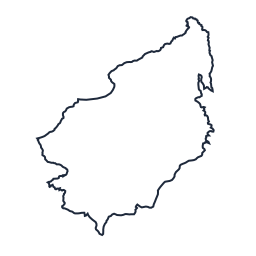 the district of Manonyane, Maseru, Lesotho, rotated 84°
{"feature_id": "5366337B83171462701560", "entity_name": "Manonyane", "entity_type": "district", "adm_level": 2, "iso_a3": "LSO", "parent_name": "Lesotho", "parent_adm1": "Maseru", "projection": "equal_earth", "projection_center": [27.717, -29.478], "detail": "fine", "context": "isolated", "style": "outline", "palette": "slate", "viewbox_px": 256, "rotation_deg": 84, "n_neighbors": 0, "source": "geoboundaries", "source_scale": "gbopen_adm2", "svg_char_len": 5704}
<svg xmlns="http://www.w3.org/2000/svg" viewBox="0 0 256 256"><g transform="rotate(84 128 128)"><path d="M128.9,219.3L130.0,218.5L130.5,219.0L131.6,218.5L133.2,218.1L134.4,217.6L135.3,216.9L136.9,216.5L138.4,216.5L139.6,215.7L141.3,215.0L142.6,215.3L143.5,215.7L144.3,215.6L145.3,215.9L146.1,215.9L147.2,214.3L148.3,213.6L150.5,213.6L151.6,212.6L153.3,211.4L153.9,209.4L154.4,208.3L154.7,207.2L154.7,206.0L155.3,205.1L155.4,204.1L156.7,202.7L156.9,200.5L157.6,199.0L158.4,198.0L159.7,197.0L160.2,196.3L161.4,194.2L162.2,193.8L162.9,192.8L164.6,192.6L165.5,193.1L167.5,194.0L168.2,194.8L168.5,195.9L169.0,196.9L168.2,196.6L168.2,198.0L168.8,198.6L168.8,199.5L168.6,200.6L169.0,201.6L170.5,202.1L170.9,203.3L170.7,207.5L171.8,208.3L172.3,209.5L173.0,210.1L173.3,211.0L173.3,212.4L173.7,213.5L174.7,212.4L177.1,212.2L177.9,212.4L178.4,212.1L178.0,211.0L177.1,210.9L177.0,209.8L176.6,208.9L178.7,208.3L179.5,207.1L180.7,207.0L181.3,206.5L181.4,205.6L180.8,204.8L181.1,203.7L180.9,202.4L181.7,202.9L182.5,202.8L181.9,201.8L183.3,200.1L182.9,199.4L182.9,198.4L183.4,197.7L184.1,197.0L185.2,197.2L186.1,197.7L186.8,198.6L187.5,198.6L188.6,199.4L189.7,199.6L190.5,199.4L193.7,200.0L194.8,199.4L195.7,198.8L196.7,198.9L197.5,199.8L198.4,200.5L198.9,201.7L200.1,201.7L201.1,200.8L201.3,199.4L202.9,196.4L204.5,194.5L205.4,192.1L206.9,190.6L207.4,189.6L207.7,186.7L207.7,185.3L207.5,182.8L207.7,180.3L209.3,180.1L210.9,180.1L210.7,179.0L209.0,177.1L210.4,176.7L212.7,175.4L215.3,173.1L218.2,170.0L220.0,169.4L221.7,169.5L224.1,170.6L225.5,170.4L227.3,168.7L228.7,167.9L230.2,167.4L231.0,166.1L231.7,164.9L230.8,163.8L227.5,163.3L226.7,163.3L225.0,162.9L223.5,162.5L220.9,161.0L219.4,159.4L218.1,159.1L216.8,157.8L214.2,156.4L213.7,154.2L212.9,153.4L212.3,152.6L211.8,150.8L212.7,149.1L213.4,148.0L214.1,144.0L213.9,141.9L213.3,139.7L213.5,138.2L214.1,135.6L214.1,134.1L214.4,131.0L212.8,129.6L211.4,129.1L210.1,129.2L208.5,127.4L207.3,128.5L206.0,127.7L205.1,126.7L207.3,124.3L208.4,122.6L208.0,118.4L208.6,116.3L209.4,115.1L209.7,113.3L208.8,111.1L206.5,110.3L203.9,108.8L201.9,107.8L197.1,105.2L194.5,104.8L193.3,104.8L191.2,103.1L189.6,101.6L186.1,97.9L185.3,96.7L185.0,92.0L184.3,89.7L182.8,88.1L181.1,86.8L179.2,86.5L176.9,85.0L174.4,81.7L173.3,80.9L171.0,80.4L170.1,79.5L169.4,77.5L168.9,75.5L168.3,73.8L167.6,72.5L166.9,70.9L166.9,67.9L166.8,65.9L166.2,63.8L165.3,62.8L164.4,61.4L163.4,57.9L162.3,57.0L160.6,56.8L158.2,53.9L157.0,54.2L155.6,55.6L154.8,55.7L153.6,55.6L151.2,54.9L151.0,53.2L150.2,52.6L150.7,50.6L151.6,49.0L150.3,49.4L149.4,50.4L148.8,51.5L147.9,51.8L146.4,51.8L145.8,51.2L144.3,51.2L143.8,49.4L143.9,48.3L142.3,49.5L141.2,49.4L140.4,48.4L139.7,47.2L139.7,45.7L140.4,44.7L140.5,43.5L139.1,43.0L137.4,44.0L136.3,45.6L135.7,45.0L134.0,44.6L133.1,45.5L132.7,46.8L132.1,48.0L131.1,48.0L130.0,46.8L128.7,47.4L125.7,47.4L124.3,48.0L123.6,48.8L123.5,50.2L122.7,50.4L121.5,49.7L120.3,49.5L119.1,50.2L118.5,51.1L117.7,50.2L116.4,50.4L115.5,49.5L115.0,50.5L115.2,52.5L114.8,53.3L113.5,53.6L112.0,53.7L110.7,54.5L109.9,55.3L109.2,56.0L107.7,58.1L106.7,58.1L106.0,57.9L105.4,57.0L104.7,54.8L104.9,53.7L104.2,52.5L103.7,51.3L102.9,51.3L102.1,51.1L101.3,51.6L98.6,51.9L97.9,52.9L96.7,53.5L92.3,53.5L90.3,53.3L88.6,52.3L86.7,52.8L86.1,52.3L83.5,52.4L82.2,51.9L82.9,50.5L83.4,49.9L84.2,49.4L85.5,49.4L86.5,49.9L88.4,50.3L90.0,50.1L91.1,49.2L93.5,48.1L97.0,48.2L96.1,46.1L95.5,45.4L95.9,44.3L96.9,43.9L99.3,41.5L100.3,39.9L98.7,39.9L97.0,40.1L96.2,40.8L92.5,40.8L91.4,41.2L90.3,40.6L88.5,40.3L87.6,40.3L86.3,40.6L85.0,41.4L83.9,41.1L82.5,41.2L81.7,40.3L80.2,39.2L78.0,38.4L76.4,37.9L75.0,37.0L71.4,37.5L69.4,36.7L66.2,37.3L65.4,37.3L63.9,38.6L63.2,38.6L62.2,39.0L60.9,39.0L59.8,38.4L59.2,39.0L56.6,38.4L55.6,38.7L53.0,39.2L51.7,38.7L49.9,38.7L49.3,39.4L48.2,39.1L46.8,38.4L45.7,39.2L44.6,38.4L43.3,38.1L41.1,38.1L40.8,39.4L39.6,40.1L38.9,40.9L38.5,42.0L38.4,43.7L37.4,44.0L36.4,43.5L35.0,43.5L34.3,44.4L33.3,44.2L32.0,46.3L30.9,46.3L30.7,47.3L29.6,47.6L28.4,47.5L27.9,48.2L27.1,48.5L26.9,49.7L26.2,49.9L25.9,51.7L24.8,52.3L24.3,54.2L25.2,55.5L25.3,56.3L25.7,57.5L26.7,58.3L27.1,58.7L27.6,58.9L27.8,58.9L28.1,58.8L28.3,58.6L28.6,57.9L29.0,57.6L29.7,58.0L30.1,57.7L30.5,57.6L30.9,57.7L31.1,57.8L31.9,57.7L31.9,58.4L31.8,58.6L32.0,58.9L32.4,59.1L33.2,58.1L33.4,57.8L33.5,57.4L34.2,56.7L34.5,56.8L35.0,57.3L35.5,57.9L35.7,58.4L36.0,58.5L37.3,59.9L38.1,60.3L38.6,60.8L39.1,60.9L39.3,60.8L40.4,62.3L41.0,63.6L41.7,64.7L41.5,66.1L42.1,68.4L42.5,69.7L42.5,70.9L43.2,71.5L43.0,72.4L43.8,72.2L43.6,73.5L44.8,74.3L45.7,74.7L46.4,75.8L48.4,77.0L48.7,78.3L48.2,79.8L48.2,80.9L48.4,82.4L49.4,83.6L51.3,84.6L51.8,86.8L53.0,87.2L53.9,87.8L54.7,89.4L54.8,90.3L54.4,91.2L55.1,94.3L54.4,95.7L54.1,96.8L54.7,97.6L54.8,98.9L55.2,100.4L56.2,103.4L56.8,104.1L58.4,106.0L59.4,106.4L60.9,110.1L61.3,111.0L61.8,111.8L61.9,112.9L61.6,114.2L61.9,115.9L62.7,117.3L62.7,118.4L62.5,119.8L62.4,122.4L63.1,124.9L64.7,127.3L64.8,128.4L64.7,129.8L65.4,131.8L66.7,132.8L67.6,133.8L68.4,135.3L69.1,136.2L69.7,138.4L70.7,139.6L71.5,140.5L73.1,141.9L74.6,141.5L76.1,141.7L78.1,140.0L79.8,139.8L81.0,138.9L82.7,137.0L84.0,137.0L85.6,137.3L88.5,139.0L91.4,141.5L94.2,147.0L95.5,155.5L95.6,166.5L94.7,172.3L94.1,174.6L95.2,174.8L96.1,174.8L97.2,175.3L97.6,178.0L98.3,178.8L99.2,179.5L100.7,179.9L101.0,181.2L101.0,182.9L101.2,184.5L102.3,186.9L103.9,187.8L104.9,188.7L105.4,190.1L106.1,190.9L106.7,191.2L107.4,191.2L108.2,191.4L109.3,191.2L110.3,190.9L111.4,191.2L111.9,192.6L114.2,194.2L115.5,194.8L116.1,195.3L116.9,196.8L118.1,197.6L119.9,199.3L120.6,200.2L121.2,201.1L122.0,201.2L123.1,202.6L123.7,204.3L123.7,205.7L124.1,206.8L125.1,208.0L127.3,211.8L127.9,213.8L128.5,216.5L128.9,219.3Z" fill="none" stroke="#1e293b" stroke-width="2"/></g></svg>